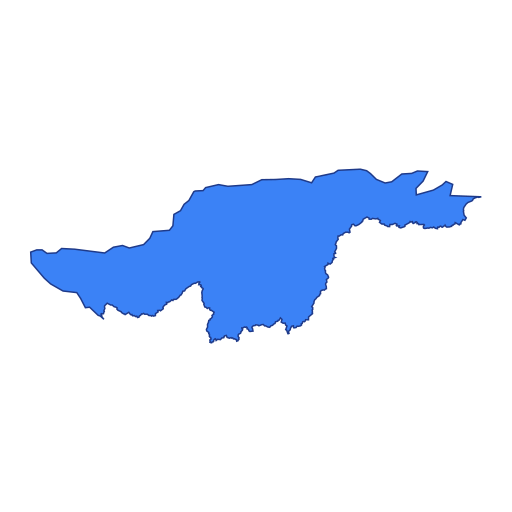 At-Bashy, Naryn, Kyrgyzstan (orthographic projection)
{"feature_id": "92254566B65067062849500", "entity_name": "At-Bashy", "entity_type": "district", "adm_level": 2, "iso_a3": "KGZ", "parent_name": "Kyrgyzstan", "parent_adm1": "Naryn", "projection": "orthographic", "projection_center": [76.301, 40.827], "detail": "fine", "context": "isolated", "style": "filled", "palette": "blue", "viewbox_px": 512, "rotation_deg": 0, "n_neighbors": 0, "source": "geoboundaries", "source_scale": "gbopen_adm2", "svg_char_len": 6115}
<svg xmlns="http://www.w3.org/2000/svg" viewBox="0 0 512 512"><path d="M31.3,262.9L44.3,278.2L50.6,283.9L63.0,291.0L76.8,292.6L80.6,298.4L85.4,307.7L89.6,307.2L98.1,315.3L100.4,316.1L103.9,319.3L101.9,316.9L101.9,316.0L101.0,314.1L101.4,313.6L102.5,313.9L103.5,313.7L103.8,312.2L104.3,311.6L103.9,310.7L104.9,308.3L104.5,307.2L104.6,305.8L107.2,303.2L110.7,305.0L112.2,305.0L114.1,306.7L116.1,307.2L117.2,308.0L116.9,309.1L118.0,310.3L121.2,311.7L121.5,312.5L123.7,313.9L124.4,313.9L125.1,314.6L128.8,312.3L130.1,314.1L131.0,314.8L131.9,314.5L132.1,315.2L132.9,315.9L134.1,315.5L135.7,316.6L136.8,316.2L137.5,317.5L138.9,317.2L139.5,315.7L140.4,315.5L141.6,313.9L142.1,314.1L143.7,313.4L144.5,314.2L147.3,314.2L148.9,315.5L151.0,315.6L151.6,316.1L152.6,315.5L153.5,316.1L155.4,315.6L155.5,313.6L158.1,311.9L157.7,310.5L159.9,310.3L160.5,310.8L163.2,308.8L163.2,307.9L162.9,307.5L163.3,306.6L164.9,304.9L166.6,304.2L166.4,302.4L167.7,302.7L168.4,301.9L169.6,301.8L171.8,299.9L172.9,300.5L173.6,299.4L176.1,299.3L176.9,298.8L178.7,297.3L180.3,295.1L181.0,295.0L182.2,293.1L182.7,291.3L184.6,290.9L185.8,288.8L189.3,286.4L190.6,286.1L191.4,284.7L194.1,283.3L195.5,283.3L197.6,282.0L198.7,281.9L199.0,282.2L199.7,281.9L199.8,282.3L198.9,283.4L199.1,284.0L198.8,284.7L200.8,284.8L201.2,285.5L200.7,286.5L201.5,286.9L201.6,287.6L202.9,288.3L203.2,288.9L202.3,290.5L201.8,292.4L202.2,296.1L202.0,297.7L202.3,298.1L202.0,300.4L204.1,303.4L203.8,304.3L204.8,307.0L206.1,307.3L207.3,308.5L208.5,307.8L209.7,308.0L209.6,309.2L210.3,310.3L211.3,310.3L214.1,312.2L213.5,313.4L213.7,314.1L212.0,315.4L212.4,316.9L211.2,318.4L210.1,319.0L210.2,319.8L208.8,320.4L208.4,322.5L207.5,324.4L207.6,327.1L206.4,329.4L206.7,330.9L208.8,332.5L208.7,333.7L209.4,334.2L209.5,334.9L209.3,336.2L210.0,337.3L210.6,337.4L211.1,339.0L210.0,339.7L209.9,340.9L210.2,341.3L210.0,342.1L210.5,342.0L211.0,342.8L211.8,342.7L212.1,342.1L212.8,341.7L213.2,341.8L213.7,341.2L213.7,340.1L215.2,338.7L215.6,338.9L216.1,340.5L217.6,339.3L220.5,339.6L221.8,338.0L223.7,337.7L223.7,337.1L224.1,337.0L224.5,335.9L226.3,335.4L227.1,337.4L229.4,338.2L231.0,337.6L231.5,338.1L232.7,337.9L233.4,338.9L234.7,338.8L235.2,339.3L236.3,339.5L236.7,341.2L238.0,340.7L238.0,340.1L238.9,339.5L238.7,338.8L239.1,337.9L238.1,336.4L238.2,334.9L238.6,334.2L240.5,333.3L240.9,332.6L240.8,331.9L242.4,330.2L242.6,329.4L241.9,328.7L241.9,327.9L242.8,328.0L244.4,327.0L245.4,327.3L246.4,327.0L247.1,327.5L247.0,328.8L247.8,329.0L248.6,329.8L249.0,330.9L249.9,331.5L253.0,331.1L252.5,328.5L251.9,327.6L252.0,327.0L253.5,325.6L255.0,325.6L255.8,324.8L258.2,325.2L258.9,325.8L261.9,324.6L263.3,324.5L264.6,325.9L265.5,325.8L267.8,327.0L269.7,327.3L270.9,325.8L272.6,325.3L273.6,324.1L275.0,323.5L275.5,321.8L277.8,321.2L278.0,320.4L279.3,320.0L280.4,317.9L282.0,319.4L281.2,322.1L283.1,323.2L285.2,323.1L285.6,325.0L287.0,326.0L285.7,329.6L286.7,330.3L287.9,333.7L288.3,333.7L289.0,333.4L288.5,332.0L288.9,331.0L290.2,329.8L290.5,328.2L291.7,326.2L293.4,325.8L293.5,327.4L293.9,327.9L296.1,327.5L297.0,326.2L298.5,326.3L300.6,325.8L301.5,325.0L301.2,323.9L302.2,323.5L302.6,321.9L303.4,321.5L304.5,321.7L305.3,320.9L305.6,319.7L308.5,319.8L308.6,316.9L312.5,313.7L312.2,313.3L312.2,312.5L312.5,312.2L312.1,310.0L312.7,309.6L312.7,307.5L311.7,306.7L314.0,303.0L313.9,301.9L314.7,299.8L316.0,298.7L316.8,297.4L319.5,295.6L319.7,294.3L320.6,293.7L320.4,291.6L321.3,290.5L323.2,289.9L324.4,290.1L325.5,289.0L326.4,288.7L326.3,286.6L325.6,284.5L325.7,283.3L326.9,282.1L326.4,279.5L328.1,278.2L328.6,277.2L327.6,274.9L325.8,273.5L325.4,272.2L325.5,270.7L325.0,270.2L324.6,268.4L325.1,267.1L324.6,266.5L328.0,264.5L328.0,263.2L330.1,264.1L331.3,263.1L332.1,262.4L332.3,261.0L333.1,259.6L332.9,259.1L333.5,258.9L333.1,258.3L335.2,257.5L334.3,257.2L333.9,255.4L334.0,253.7L335.6,253.4L335.5,252.8L334.7,251.8L336.5,248.4L336.5,247.0L336.4,245.6L335.6,245.1L335.3,244.3L335.9,243.3L336.2,241.9L338.2,239.3L337.8,237.9L338.1,236.0L339.2,236.1L341.1,234.8L342.7,234.9L343.2,233.6L345.6,232.2L348.1,232.2L349.1,232.8L350.0,232.2L349.4,229.1L351.6,226.1L351.5,225.1L351.9,224.6L353.6,224.2L354.8,225.7L356.0,225.8L358.8,224.5L361.9,222.1L362.0,221.4L362.7,221.1L363.2,219.2L367.0,217.0L369.1,218.1L369.1,219.1L369.6,219.2L371.4,219.2L372.4,218.4L375.9,218.9L377.8,218.3L378.2,219.4L379.3,219.7L380.4,220.6L379.5,222.3L381.7,224.0L384.2,224.1L384.6,225.1L387.2,226.0L387.6,226.5L389.6,226.6L389.9,224.5L392.4,224.5L395.0,223.3L397.0,224.2L396.3,225.4L396.6,225.9L399.2,225.9L398.8,226.6L399.0,227.4L400.8,227.9L404.6,226.6L405.0,226.2L404.8,225.2L409.7,222.5L410.1,221.5L411.0,222.0L412.4,221.6L412.6,222.8L413.2,223.5L415.3,222.5L415.4,221.9L416.5,221.8L417.2,222.5L416.9,223.1L417.1,223.7L418.0,223.5L418.7,223.9L418.8,224.6L423.9,224.4L424.4,225.0L423.4,226.3L423.4,227.6L423.6,228.1L424.9,228.5L427.8,228.0L428.9,228.2L430.5,227.4L432.4,227.8L433.7,227.0L435.4,228.3L437.5,228.7L437.6,227.3L437.9,227.0L439.0,227.3L440.0,226.3L440.8,226.1L441.6,227.0L442.5,227.2L443.6,226.2L444.9,225.7L445.1,225.2L445.9,226.5L446.8,227.1L449.9,226.9L450.6,226.4L451.6,226.4L451.7,225.8L452.5,225.1L453.0,225.2L453.9,224.3L454.9,224.0L455.2,222.6L459.3,224.9L459.7,224.6L459.7,224.1L460.9,223.8L460.9,222.6L462.9,219.5L464.9,220.3L466.3,217.9L464.1,215.2L463.4,211.3L463.7,210.8L463.4,209.7L463.7,207.7L466.0,204.2L467.9,202.5L471.9,200.9L472.7,200.1L473.2,198.9L475.1,197.9L477.7,197.0L478.7,197.4L481.3,196.8L450.1,195.6L452.7,184.4L446.0,181.5L442.2,185.0L433.4,190.1L416.3,194.9L416.0,188.4L423.1,181.1L427.7,171.6L417.4,171.0L411.7,173.4L401.8,174.0L391.7,181.8L385.1,183.0L376.4,179.4L370.5,173.6L366.6,170.7L360.4,169.2L338.1,170.3L334.0,173.1L315.4,177.0L311.6,182.8L300.6,179.4L288.6,178.7L275.6,179.5L261.8,179.7L251.8,184.6L227.9,186.3L218.5,184.6L205.6,187.6L203.1,190.6L195.2,191.0L193.8,191.7L188.9,200.5L184.1,204.3L180.5,210.7L173.9,214.4L172.9,225.8L169.4,230.3L152.9,231.6L149.8,238.3L143.6,244.6L129.3,248.0L122.5,245.5L113.4,247.2L104.7,253.0L74.7,249.2L61.6,248.5L56.3,252.9L47.0,253.4L42.1,249.9L36.7,249.9L30.7,252.1L31.3,262.9Z" fill="#3b82f6" stroke="#1e3a8a" stroke-width="1.5"/></svg>